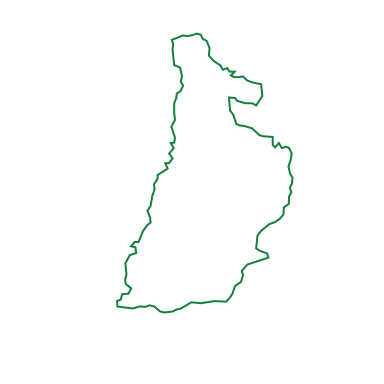 outline of Nova Esperança do Sul, Rio Grande do Sul, Brazil, rotated 33°
{"feature_id": "56859067B55473062015282", "entity_name": "Nova Esperança do Sul", "entity_type": "district", "adm_level": 2, "iso_a3": "BRA", "parent_name": "Brazil", "parent_adm1": "Rio Grande do Sul", "projection": "equal_earth", "projection_center": [-54.832, -29.409], "detail": "fine", "context": "isolated", "style": "outline", "palette": "green", "viewbox_px": 384, "rotation_deg": 33, "n_neighbors": 0, "source": "geoboundaries", "source_scale": "gbopen_adm2", "svg_char_len": 1853}
<svg xmlns="http://www.w3.org/2000/svg" viewBox="0 0 384 384"><g transform="rotate(33 192 192)"><path d="M280.2,166.7L281.0,161.2L277.4,154.8L279.7,149.3L275.9,143.1L275.4,138.0L271.6,135.0L271.4,130.9L268.4,125.1L264.3,123.3L259.0,118.0L257.3,111.4L254.6,105.4L249.2,102.1L245.6,103.2L243.5,106.3L238.2,103.6L237.4,109.3L234.1,108.6L229.7,101.9L221.3,106.5L217.7,107.6L211.2,106.5L207.7,105.9L199.4,108.3L195.6,110.3L192.1,110.7L184.6,104.8L179.5,102.9L171.6,92.6L176.9,89.7L180.0,91.0L188.1,88.6L194.3,84.8L198.7,84.4L198.7,73.1L191.3,64.0L182.7,67.3L177.5,68.4L172.0,67.3L168.7,70.2L164.7,72.7L161.1,73.0L162.2,67.9L157.8,70.6L154.2,68.9L151.3,72.7L147.0,70.3L142.9,70.4L138.1,70.2L131.9,68.4L128.4,61.8L124.9,59.4L121.9,57.3L117.6,57.7L113.6,55.3L109.5,56.7L107.2,60.0L102.9,64.0L99.2,65.6L92.2,75.5L95.5,77.9L98.2,83.3L108.0,95.3L114.3,94.1L120.8,100.7L122.3,105.4L126.6,107.6L127.5,113.6L125.6,117.6L127.6,121.7L128.8,127.3L130.8,130.5L134.1,135.5L138.5,140.8L139.1,148.3L141.8,150.6L148.0,155.6L150.3,160.3L147.5,162.5L152.8,165.1L151.9,172.2L157.4,174.4L157.0,180.2L154.0,182.5L158.8,185.6L154.0,196.3L155.9,199.7L156.0,206.3L159.4,210.6L160.6,216.3L164.9,226.4L164.9,232.0L170.9,236.4L173.9,240.2L172.5,244.5L172.2,251.4L173.4,257.8L174.5,263.2L171.2,265.0L170.4,270.8L174.5,269.1L178.5,273.6L174.2,278.9L175.0,288.2L181.8,296.6L183.8,302.3L186.7,305.2L193.5,305.9L194.1,311.9L189.1,315.8L190.8,321.1L188.5,324.2L191.8,328.7L205.6,322.0L210.7,316.3L215.4,313.7L218.3,310.1L222.9,308.5L230.1,309.6L234.4,308.1L241.0,302.6L243.0,299.0L245.9,296.2L251.5,284.9L259.9,280.5L270.4,271.2L280.3,265.4L281.3,260.1L281.3,255.5L279.3,247.2L282.0,240.8L280.2,234.0L276.7,231.1L278.0,222.6L291.8,205.4L288.5,202.6L280.8,204.4L276.5,204.3L270.6,192.8L271.2,186.4L274.3,176.9L278.1,172.0L280.2,166.7Z" fill="none" stroke="#15803d" stroke-width="2"/></g></svg>